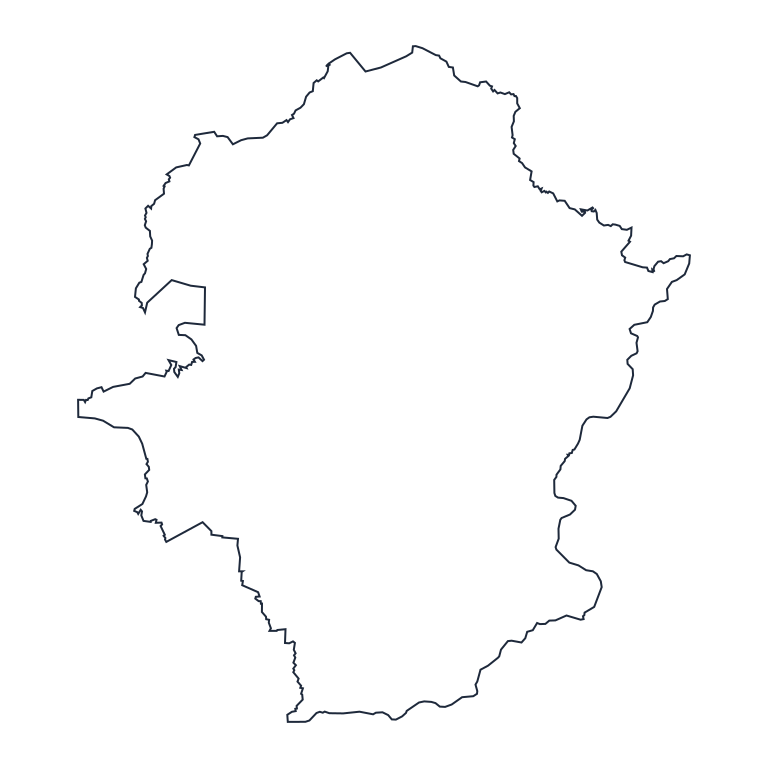 Cuquío, Jalisco, Mexico
{"feature_id": "50627088B71683874346404", "entity_name": "Cuquío", "entity_type": "district", "adm_level": 2, "iso_a3": "MEX", "parent_name": "Mexico", "parent_adm1": "Jalisco", "projection": "albers", "projection_center": [-103.018, 20.95], "detail": "fine", "context": "isolated", "style": "outline", "palette": "slate", "viewbox_px": 768, "rotation_deg": 0, "n_neighbors": 0, "source": "geoboundaries", "source_scale": "gbopen_adm2", "svg_char_len": 6064}
<svg xmlns="http://www.w3.org/2000/svg" viewBox="0 0 768 768"><path d="M594.2,606.9L601.7,587.1L600.8,581.3L596.8,574.0L592.9,571.3L586.1,570.2L578.5,565.4L569.3,562.6L556.4,549.6L555.6,547.1L558.7,538.7L558.5,528.7L560.3,519.8L561.6,518.0L570.0,514.5L575.0,509.7L575.7,505.8L571.5,500.8L563.5,498.1L558.0,497.6L555.3,495.9L554.4,493.0L554.2,479.9L556.4,476.9L556.5,474.7L560.4,469.4L560.7,465.9L564.7,461.1L565.1,458.8L568.4,456.0L567.7,454.8L569.1,454.9L569.4,453.3L571.8,453.0L572.7,449.9L574.4,449.5L578.0,443.6L579.7,439.8L582.4,425.7L586.5,419.4L589.4,417.3L593.3,416.7L607.5,418.0L610.5,416.8L616.2,411.3L629.7,388.3L633.1,375.3L632.7,369.2L627.6,363.9L627.3,359.8L631.3,355.8L636.6,353.3L637.6,351.2L636.5,342.8L638.0,337.3L637.2,336.0L631.0,333.3L629.6,329.0L634.3,324.8L647.3,322.2L650.8,317.0L652.9,311.0L653.1,307.4L654.7,304.6L660.0,301.5L664.8,301.0L667.8,299.1L667.0,289.0L671.9,281.9L676.7,280.1L684.7,274.4L689.2,263.5L689.9,255.3L686.7,254.4L683.1,256.3L676.4,256.0L674.0,258.3L669.9,259.1L668.2,261.2L663.6,263.2L661.1,261.2L658.1,261.7L654.4,266.1L653.5,269.2L654.4,271.7L652.3,269.7L652.5,272.1L648.4,271.0L647.0,267.6L642.7,267.3L625.1,262.0L624.4,260.2L625.2,257.6L622.0,255.3L621.3,251.7L630.0,241.7L628.5,240.7L631.1,235.7L631.5,227.6L626.9,229.8L621.8,229.1L619.7,225.9L615.3,224.6L612.7,224.3L610.8,226.1L608.1,224.9L603.9,225.5L599.3,222.6L597.2,219.6L596.7,213.0L595.4,209.9L593.8,211.5L591.7,211.2L591.3,209.8L593.1,208.2L592.5,207.5L587.4,210.5L580.8,209.3L581.8,211.7L584.9,211.7L585.1,212.8L582.0,215.8L574.8,209.4L569.6,208.1L564.7,200.8L559.5,200.4L557.3,201.4L553.2,193.4L549.2,191.5L547.9,192.9L546.5,191.7L545.8,192.4L544.4,190.9L541.7,192.3L540.7,190.9L541.6,188.5L539.7,189.3L537.8,186.3L534.4,187.0L533.4,185.6L533.6,182.1L530.1,180.0L531.6,171.4L525.0,167.4L522.1,163.1L519.0,161.1L519.6,158.5L513.7,153.8L513.2,149.9L515.7,146.0L513.8,143.1L514.8,139.2L512.0,137.5L512.6,135.2L511.6,126.9L513.9,121.3L513.7,115.9L515.4,111.8L519.8,108.2L517.2,103.4L517.2,98.1L515.9,96.0L514.5,96.1L513.5,94.1L511.1,94.4L509.2,92.3L504.9,94.1L500.4,92.5L497.6,93.4L494.5,90.0L493.1,91.4L491.2,88.6L492.0,86.4L489.9,85.7L486.1,81.5L480.1,82.3L479.1,85.3L477.7,86.3L465.5,82.0L460.9,81.5L454.2,75.5L452.9,67.5L448.8,66.9L446.4,61.6L440.4,58.3L439.1,55.6L435.8,55.1L422.5,48.2L415.7,46.1L412.9,46.3L412.2,52.6L406.2,56.3L380.9,67.5L365.5,71.5L350.1,52.8L346.7,53.3L334.9,59.4L328.6,63.7L327.1,65.1L326.0,66.6L328.7,63.7L329.6,64.8L328.4,65.5L327.7,71.3L324.0,78.1L323.3,77.5L318.2,81.4L316.7,80.3L313.6,83.0L312.8,91.2L309.6,92.5L306.1,96.7L303.9,104.2L300.5,107.7L295.6,110.4L294.0,113.7L292.0,115.0L293.5,118.1L290.0,119.3L288.0,122.1L286.5,120.1L282.4,122.8L277.1,123.3L267.1,135.3L262.9,137.7L247.7,138.4L241.1,140.2L232.9,144.3L227.6,137.1L222.9,135.9L217.1,136.3L214.2,131.8L195.1,134.9L194.4,137.1L198.5,139.3L200.2,143.5L188.9,165.4L186.9,165.0L176.2,167.4L166.7,174.4L169.4,176.0L170.1,177.7L168.8,179.3L169.4,181.4L165.6,183.0L163.6,185.9L164.6,186.4L163.6,188.7L164.0,193.7L155.1,200.2L154.1,203.8L151.3,206.1L151.1,208.5L148.1,205.8L145.4,208.5L146.5,212.9L145.0,215.5L145.7,217.2L144.9,218.9L146.1,221.3L144.8,225.2L145.7,227.6L149.9,230.9L150.2,236.4L152.1,240.6L151.9,244.2L151.4,247.8L149.8,248.8L147.5,253.9L147.9,256.0L146.9,257.9L147.7,260.8L143.7,264.2L146.2,269.0L145.0,273.3L143.6,274.9L141.4,281.9L139.3,282.7L135.9,288.3L135.0,296.9L138.9,299.5L139.0,300.8L141.7,302.9L141.9,305.4L140.2,307.1L143.0,308.0L145.0,312.4L147.2,302.7L171.7,280.1L190.7,285.7L205.0,287.4L204.5,324.7L184.9,322.8L178.7,325.1L176.6,328.1L178.8,334.9L185.4,335.2L191.4,339.4L196.1,345.9L197.3,352.9L201.7,355.4L204.0,359.7L202.5,361.1L198.5,357.4L195.6,358.0L193.5,359.5L194.9,361.8L192.1,361.9L191.2,364.9L189.2,364.6L186.1,367.1L186.6,368.1L179.7,366.1L181.6,370.0L178.8,369.6L179.3,373.2L177.8,376.9L174.3,372.0L174.0,368.8L175.6,367.1L176.4,362.0L168.5,360.1L171.3,365.0L168.6,371.0L166.3,370.7L166.7,371.8L164.5,376.5L145.6,372.9L142.6,376.5L135.2,378.5L129.7,383.8L113.1,386.9L103.6,391.6L101.5,387.2L96.9,388.4L92.3,391.0L91.3,397.3L88.4,398.4L87.7,400.0L86.0,399.9L85.1,402.1L83.8,399.9L78.1,399.8L78.3,417.0L94.8,418.4L103.1,420.7L114.0,427.3L127.9,427.9L132.3,429.5L138.8,436.6L142.2,443.7L146.3,458.8L147.4,458.9L147.9,461.8L146.5,464.1L148.8,466.8L149.2,469.9L144.9,474.4L145.4,478.3L146.8,478.4L147.9,481.5L146.2,484.9L147.2,492.3L146.0,496.4L142.4,504.0L134.7,508.9L134.2,510.9L137.3,512.2L138.2,513.9L140.7,509.8L142.0,511.4L141.3,515.4L143.5,520.9L150.7,521.9L150.8,520.9L155.2,519.2L156.5,519.8L155.8,522.8L161.5,522.6L162.1,524.4L160.6,526.0L164.8,534.8L163.6,535.8L165.4,538.0L165.0,539.5L166.3,541.9L202.6,522.2L211.4,531.1L211.4,534.7L222.4,536.1L222.3,537.4L238.0,538.8L237.4,545.5L240.1,557.4L239.1,571.3L242.6,571.3L241.7,571.9L241.2,580.7L242.9,581.0L242.2,585.2L258.1,592.2L259.6,596.5L255.8,596.8L255.3,598.6L258.6,601.1L260.7,601.1L260.9,603.7L262.0,603.6L261.9,612.0L266.0,616.7L266.2,619.2L269.1,619.8L268.8,622.7L270.9,628.3L269.5,630.9L276.7,630.9L277.3,630.0L285.5,629.2L285.0,643.0L289.2,643.3L293.0,641.4L294.9,642.9L293.8,649.8L295.6,653.3L294.0,655.3L295.3,657.6L293.4,662.7L295.9,665.2L293.3,668.6L294.3,670.2L293.3,672.2L298.6,678.6L297.5,681.6L301.1,685.7L300.3,687.8L302.9,688.3L301.1,693.8L302.2,694.6L302.7,699.6L296.6,705.9L296.9,708.5L295.3,708.8L295.7,711.1L291.9,711.8L287.3,714.8L287.8,721.9L305.4,721.8L309.4,720.5L316.5,713.0L319.8,711.8L322.8,712.7L324.7,711.6L329.3,713.2L343.2,713.4L359.5,711.7L373.1,714.3L375.9,712.7L382.5,712.3L388.2,715.1L391.8,719.4L395.9,719.6L402.1,716.4L406.0,712.9L406.7,710.9L419.0,702.5L424.2,701.4L431.3,701.9L435.5,703.1L439.8,706.6L445.1,706.9L451.7,704.5L462.1,697.2L473.3,696.2L477.0,693.8L477.3,691.1L475.5,684.6L477.3,681.5L480.5,669.7L488.0,665.7L497.9,657.8L499.2,656.4L501.0,649.6L507.9,641.1L511.6,640.7L521.5,642.5L525.3,638.2L527.2,631.8L532.8,630.2L537.1,623.0L539.9,624.1L545.4,623.9L549.3,620.6L555.4,620.4L566.5,615.5L580.6,619.7L583.6,619.1L583.0,616.2L584.3,615.2L584.6,612.6L594.2,606.9Z" fill="none" stroke="#1e293b" stroke-width="2"/></svg>